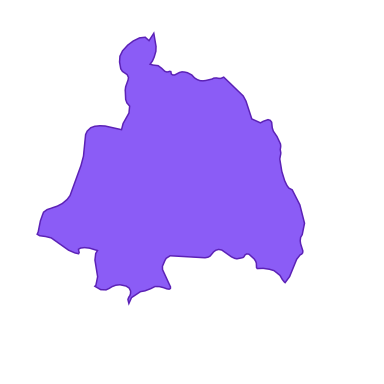 Dibër, Equal Earth projection, rotated 205°
{"feature_id": "ALB-1526", "entity_name": "Dibër", "entity_type": "County", "adm_level": 1, "iso_a3": "ALB", "parent_name": "Albania", "parent_adm1": "", "projection": "equal_earth", "projection_center": [20.235, 41.61], "detail": "fine", "context": "isolated", "style": "filled", "palette": "violet", "viewbox_px": 384, "rotation_deg": 205, "n_neighbors": 0, "source": "natural_earth", "source_scale": "10m", "svg_char_len": 2398}
<svg xmlns="http://www.w3.org/2000/svg" viewBox="0 0 384 384"><g transform="rotate(205 192 192)"><path d="M314.3,283.6L314.7,284.6L314.6,290.6L312.3,298.0L309.1,304.0L304.7,309.5L299.8,312.5L294.9,311.0L293.7,319.7L286.1,308.7L284.2,304.2L283.3,298.3L283.2,294.0L284.0,290.1L280.9,290.6L276.1,292.2L271.8,291.3L267.7,289.9L265.6,290.1L264.3,290.9L263.3,291.9L262.1,292.2L260.6,290.2L259.1,289.9L257.2,290.7L253.9,295.0L251.8,296.7L249.3,297.6L246.6,298.2L241.7,298.0L238.0,296.5L234.9,296.1L231.8,296.3L229.0,297.4L226.6,298.9L221.5,302.9L220.5,304.3L219.2,305.1L218.0,305.7L215.8,306.3L214.6,306.8L213.7,307.3L211.8,309.5L186.2,300.7L181.5,297.2L168.7,283.5L159.2,283.6L157.3,286.2L153.7,289.7L151.4,290.0L149.3,288.9L146.4,284.1L144.0,281.5L138.3,278.1L132.1,272.9L131.0,271.1L130.4,269.4L130.0,267.8L128.1,265.1L127.6,263.8L127.2,262.0L126.4,259.0L119.3,248.6L112.8,241.4L108.8,238.1L105.9,236.5L102.1,236.3L88.8,225.9L76.8,211.2L74.1,200.0L74.4,196.8L73.3,193.5L71.7,191.0L66.6,185.4L66.0,183.6L66.4,182.0L67.4,180.8L68.7,175.3L67.8,156.6L69.3,149.2L70.4,149.5L73.2,150.9L77.0,153.6L84.4,155.4L89.2,154.7L95.2,152.9L100.5,150.2L101.6,150.8L103.6,154.7L105.0,156.1L107.3,157.6L114.1,159.7L116.3,159.0L117.4,157.2L117.5,155.5L117.9,154.4L119.0,153.4L123.1,150.4L125.3,149.9L128.8,149.9L140.5,152.0L143.6,151.2L145.8,149.3L147.1,146.9L148.5,141.6L149.9,139.7L152.4,137.9L184.8,125.0L187.4,121.0L187.6,118.4L187.4,112.2L185.9,109.2L171.4,96.9L170.8,95.4L171.6,94.3L173.8,93.6L177.3,93.3L181.5,92.5L185.6,90.7L188.6,86.9L192.9,82.5L196.6,79.9L202.2,70.7L202.1,64.3L204.6,67.4L204.8,68.7L204.8,70.3L204.5,71.8L204.8,74.0L205.8,76.3L208.4,78.4L212.0,78.9L218.1,77.5L221.7,75.3L224.5,72.4L226.4,69.5L228.5,67.0L233.5,64.9L240.2,65.5L239.7,66.9L241.7,75.3L251.2,89.3L253.3,95.6L252.9,99.0L261.2,97.8L265.9,96.2L269.3,94.1L270.7,92.1L269.7,90.7L268.7,89.5L268.7,88.1L272.4,87.3L279.3,87.1L300.2,90.9L305.8,89.8L311.6,88.0L314.5,88.3L314.5,90.7L317.2,101.8L317.8,108.1L318.0,111.0L315.9,114.8L308.0,122.4L304.7,126.7L302.0,132.5L301.0,137.2L303.8,169.1L305.5,178.6L312.7,199.1L312.7,202.0L312.7,202.9L310.9,207.5L308.0,210.4L303.5,213.1L298.6,215.1L282.2,218.7L283.4,225.0L282.5,236.9L284.8,243.5L288.6,245.2L291.2,247.8L294.8,254.7L295.5,255.9L296.6,259.3L297.3,266.6L298.0,269.0L300.4,271.0L306.0,271.9L308.6,273.5L312.6,279.2L314.3,283.6Z" fill="#8b5cf6" stroke="#5b21b6" stroke-width="1.5"/></g></svg>